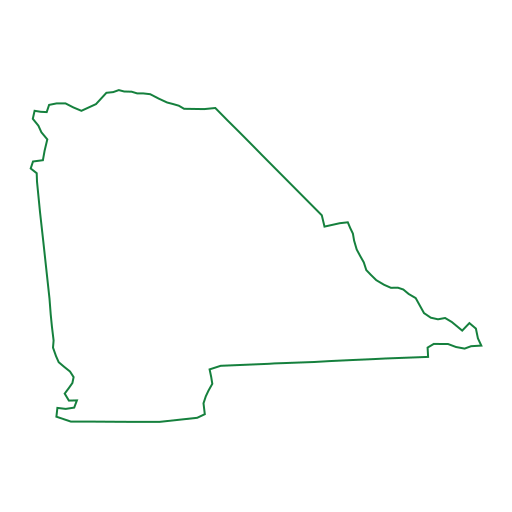 São Miguel do Oeste, Santa Catarina, Brazil (orthographic projection)
{"feature_id": "56859067B36403486213311", "entity_name": "São Miguel do Oeste", "entity_type": "district", "adm_level": 2, "iso_a3": "BRA", "parent_name": "Brazil", "parent_adm1": "Santa Catarina", "projection": "orthographic", "projection_center": [-53.501, -26.724], "detail": "fine", "context": "isolated", "style": "outline", "palette": "green", "viewbox_px": 512, "rotation_deg": 0, "n_neighbors": 0, "source": "geoboundaries", "source_scale": "gbopen_adm2", "svg_char_len": 1538}
<svg xmlns="http://www.w3.org/2000/svg" viewBox="0 0 512 512"><path d="M56.4,416.7L70.9,421.6L76.6,421.6L91.1,421.6L119.5,421.8L139.7,421.9L159.3,421.9L197.2,417.8L204.8,414.2L203.5,403.3L205.8,396.3L208.5,390.6L212.3,383.8L211.2,377.0L209.6,369.4L220.7,365.8L268.9,363.8L274.5,363.4L283.7,363.1L302.8,362.4L314.2,362.0L329.4,361.1L350.7,360.1L373.6,359.1L385.2,358.5L428.1,356.9L427.6,347.6L433.8,343.9L441.2,344.0L448.0,344.0L456.0,347.0L464.6,348.6L471.1,346.2L481.3,345.6L477.9,338.3L475.9,328.6L469.4,323.1L462.2,330.6L451.8,322.0L445.1,318.0L438.0,319.3L430.8,317.7L424.0,313.1L419.9,305.7L415.7,298.1L408.7,294.0L403.3,289.5L397.9,287.7L390.9,287.8L384.1,284.8L376.3,280.2L370.7,274.7L366.3,270.1L363.8,262.4L360.3,256.2L356.7,249.5L354.1,240.6L352.9,233.6L350.2,228.0L347.8,222.3L339.8,223.2L324.5,226.6L321.8,215.3L262.2,155.3L252.0,144.9L239.6,132.4L227.7,120.6L215.3,108.0L204.2,109.1L184.1,108.8L178.8,105.7L172.9,104.0L167.1,102.5L158.9,98.7L150.2,94.2L143.2,93.4L137.2,93.4L131.6,91.7L124.2,91.5L118.8,90.1L113.2,92.1L106.4,92.8L96.0,104.1L81.4,110.8L73.3,107.4L65.5,103.4L56.6,103.4L49.1,104.9L46.7,112.1L40.7,111.8L34.6,110.8L32.8,118.8L38.4,125.7L41.4,132.3L47.3,139.4L44.6,150.7L42.9,160.2L33.0,161.5L30.7,168.5L36.7,173.2L37.0,181.6L40.0,212.0L43.3,241.6L49.5,298.7L50.7,314.3L51.9,326.4L53.6,340.5L53.0,347.6L56.0,356.1L58.7,362.2L64.0,366.7L70.0,371.5L73.6,377.1L72.4,383.0L68.8,388.1L64.7,393.6L68.9,400.6L76.9,400.4L74.2,407.6L65.7,408.9L57.4,407.9L56.4,416.7Z" fill="none" stroke="#15803d" stroke-width="2"/></svg>